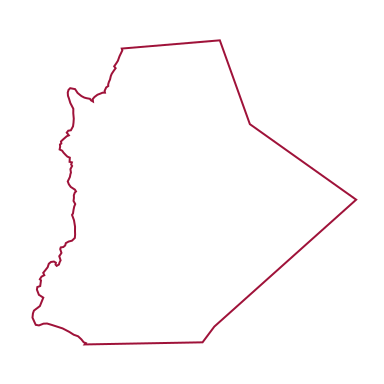 Ngereklengon, Palau (Albers equal-area conic projection), rotated 88°
{"feature_id": "81905179B38855830052729", "entity_name": "Ngereklengon", "entity_type": "district", "adm_level": 2, "iso_a3": "PLW", "parent_name": "Palau", "parent_adm1": "", "projection": "albers", "projection_center": [134.514, 7.51], "detail": "fine", "context": "isolated", "style": "outline", "palette": "rose", "viewbox_px": 384, "rotation_deg": 88, "n_neighbors": 0, "source": "geoboundaries", "source_scale": "gbopen_adm2", "svg_char_len": 1816}
<svg xmlns="http://www.w3.org/2000/svg" viewBox="0 0 384 384"><g transform="rotate(88 192 192)"><path d="M205.4,28.2L126.2,131.8L41.4,158.9L46.2,257.2L48.1,256.7L53.8,259.7L58.3,261.5L60.8,263.2L63.7,265.4L65.6,264.0L68.0,265.9L71.1,268.1L73.3,269.1L76.7,270.0L79.1,271.2L81.5,272.0L83.2,272.0L84.5,274.1L87.9,275.8L89.7,275.5L89.6,277.8L90.6,280.5L91.5,283.1L93.7,286.2L95.7,288.0L98.1,287.8L96.9,289.7L95.3,290.8L94.6,294.0L93.9,296.3L92.3,299.1L90.6,301.1L89.0,302.9L87.0,304.1L85.1,305.3L84.0,310.1L85.6,311.8L88.2,312.7L91.5,312.6L94.3,311.7L98.8,310.5L104.7,307.7L109.2,307.9L114.6,307.6L118.6,308.0L122.2,308.6L126.1,310.9L126.4,313.5L128.3,315.1L131.1,313.1L131.9,315.2L134.8,318.8L136.9,321.2L139.0,320.9L139.9,322.3L142.1,322.2L144.9,322.8L146.2,320.3L148.1,319.1L150.4,317.1L152.3,315.3L153.4,312.9L157.6,313.3L158.2,311.0L160.3,311.8L161.8,310.9L164.9,312.7L168.4,312.3L170.0,312.9L172.7,313.5L177.1,315.8L180.0,314.8L182.7,313.0L185.6,308.9L187.4,307.9L188.4,309.1L191.1,310.2L193.7,310.2L196.8,310.7L200.0,309.1L202.4,310.2L205.6,311.0L209.3,311.7L210.7,312.7L216.2,310.9L222.6,310.1L227.1,310.3L230.5,310.3L233.8,310.7L235.0,312.0L236.5,313.7L237.2,317.0L238.7,319.9L241.0,320.6L242.5,322.5L242.8,325.1L244.5,325.7L248.3,324.6L249.8,325.6L251.5,326.9L255.7,325.7L257.7,326.8L259.8,327.5L261.1,329.8L259.8,330.9L257.9,330.5L256.7,332.4L257.0,335.4L258.7,337.6L262.2,338.9L267.6,343.5L270.0,342.5L271.3,345.3L273.9,347.1L275.0,346.0L280.7,347.0L281.6,349.9L284.2,350.4L289.4,348.6L292.4,344.3L300.7,348.0L305.0,354.1L307.8,355.2L312.0,355.8L316.7,353.9L319.3,352.8L320.0,349.6L318.4,345.0L318.4,341.4L319.9,336.9L323.8,326.1L327.6,319.4L330.5,315.2L332.2,310.9L335.4,307.7L338.4,305.5L339.3,303.4L340.6,304.5L342.6,186.7L327.3,174.4L205.4,28.2Z" fill="none" stroke="#9f1239" stroke-width="2"/></g></svg>